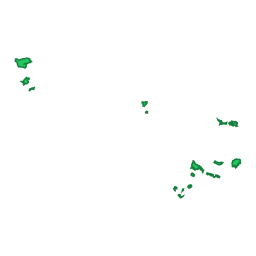 the district of Ongjin-gun, Gyeonggi, South Korea
{"feature_id": "91817680B43125449030549", "entity_name": "Ongjin-gun", "entity_type": "district", "adm_level": 2, "iso_a3": "KOR", "parent_name": "South Korea", "parent_adm1": "Gyeonggi", "projection": "robinson", "projection_center": [125.875, 37.5], "detail": "fine", "context": "isolated", "style": "filled", "palette": "green", "viewbox_px": 256, "rotation_deg": 0, "n_neighbors": 0, "source": "geoboundaries", "source_scale": "gbopen_adm2", "svg_char_len": 5936}
<svg xmlns="http://www.w3.org/2000/svg" viewBox="0 0 256 256"><path d="M29.8,60.3L29.8,59.0L29.3,58.7L27.4,58.2L26.1,58.2L25.1,58.6L23.1,58.7L19.0,60.2L18.5,60.0L17.0,59.0L15.7,59.0L15.4,59.7L15.5,61.5L16.3,61.6L17.2,62.4L17.4,64.1L18.5,66.8L20.3,66.7L23.1,67.2L23.9,67.1L24.3,67.8L25.0,67.9L25.7,67.6L25.8,66.9L26.3,65.5L26.1,64.8L25.7,64.5L25.1,64.0L24.4,64.0L24.8,63.6L26.1,63.4L26.9,63.7L27.5,63.6L27.9,63.4L28.4,62.6L29.2,62.4L29.8,62.7L30.2,62.5L29.9,61.9L30.1,61.6L31.0,61.7L31.5,61.6L31.2,61.2L30.4,60.9L29.8,60.3ZM237.2,159.4L236.8,159.0L235.1,159.4L234.6,159.6L234.3,160.3L233.8,160.6L232.7,160.9L232.7,162.0L232.1,162.6L232.4,166.6L233.2,166.7L233.7,165.8L234.2,165.4L235.1,165.4L235.7,165.9L234.9,166.8L235.7,167.9L236.7,166.9L237.0,166.4L237.1,165.8L238.6,165.0L238.5,164.5L237.8,164.1L238.0,163.8L238.9,163.8L239.1,163.1L239.7,162.9L240.2,163.4L240.6,162.9L239.9,161.6L240.3,160.0L239.6,159.4L237.2,159.4ZM194.1,161.7L193.6,160.9L193.1,161.0L193.1,161.5L192.7,162.6L192.3,163.0L192.3,163.6L191.8,164.7L192.0,166.1L191.0,168.1L191.8,168.1L192.5,167.0L193.0,166.9L193.4,167.6L192.9,168.2L193.6,168.3L194.0,168.0L194.5,168.2L194.8,168.8L194.8,169.3L194.1,169.5L195.0,170.0L195.6,169.5L197.9,169.3L198.3,168.8L197.9,168.3L198.2,167.9L198.6,167.8L199.1,168.2L199.6,167.4L200.4,167.0L199.4,165.8L197.9,165.8L197.8,165.2L197.0,164.5L195.7,164.4L195.3,164.0L195.0,163.1L194.4,163.2L194.1,161.7ZM26.8,78.1L26.4,77.5L26.1,77.7L26.3,78.4L26.0,78.6L24.5,79.3L23.5,81.2L22.9,81.8L21.9,81.4L21.4,81.5L22.0,81.9L22.2,82.2L22.5,82.2L23.0,82.6L23.8,82.4L24.1,83.2L23.4,84.3L23.7,84.9L24.3,84.5L24.0,84.1L24.3,83.8L25.2,83.5L26.3,83.8L26.8,83.7L27.3,83.4L28.1,82.6L28.2,81.5L28.1,81.2L27.6,80.9L27.4,80.1L28.7,79.1L29.2,79.0L29.3,78.8L28.4,78.3L28.5,78.1L26.8,78.1ZM218.5,162.6L215.3,161.6L215.1,161.1L214.7,161.2L214.7,162.1L214.1,162.4L214.5,162.9L215.0,162.6L216.1,163.6L217.3,164.0L218.6,164.7L219.4,164.8L221.0,164.4L221.7,163.9L222.7,162.6L221.0,162.3L220.7,163.3L219.3,162.7L218.5,162.6ZM237.2,123.8L237.2,122.7L236.7,122.6L236.4,122.1L235.9,121.7L235.4,121.6L235.4,122.1L234.9,122.7L232.5,124.3L232.1,125.3L232.7,125.4L233.0,125.7L233.1,125.9L234.3,125.1L236.1,125.9L236.2,126.4L237.0,126.2L236.6,125.9L236.9,124.9L236.6,124.6L236.5,124.3L236.6,123.9L237.0,124.0L237.2,123.8ZM219.8,120.4L218.3,119.9L217.7,119.4L217.9,120.0L218.5,120.8L218.9,120.9L219.5,121.7L220.0,121.9L220.2,122.2L220.2,122.8L219.8,124.6L220.8,124.1L220.8,123.8L221.3,123.5L221.3,124.0L221.7,124.2L222.9,123.7L223.5,123.7L224.1,123.9L224.8,123.7L226.4,124.1L226.7,122.5L224.8,123.1L224.1,123.0L223.8,123.1L223.1,123.0L221.9,122.4L221.3,120.7L220.3,120.8L219.8,120.4ZM145.8,101.8L145.1,102.3L144.6,102.2L143.5,102.5L142.7,101.9L142.3,102.1L142.4,102.6L142.2,102.8L142.7,102.9L143.4,104.1L143.3,104.4L143.0,104.6L143.2,105.4L143.1,106.0L144.2,106.2L144.2,105.8L145.4,104.9L146.3,104.0L146.6,103.3L146.9,103.2L147.0,103.0L146.8,102.3L146.9,101.9L146.1,102.0L145.8,101.8ZM191.1,185.0L190.7,184.9L189.9,185.2L189.1,185.2L188.2,186.2L188.1,186.4L189.1,186.1L189.5,186.3L189.6,186.5L189.5,187.2L188.8,186.7L188.6,187.6L188.9,188.0L189.3,188.1L189.8,188.0L190.3,187.5L191.3,186.9L191.6,186.5L191.7,186.0L191.1,185.4L191.1,185.0ZM193.4,174.1L193.4,173.8L192.2,173.1L191.6,173.6L191.8,173.9L191.2,174.2L191.1,174.7L191.2,175.0L192.2,175.9L193.8,176.3L193.9,176.0L194.1,175.8L193.7,175.3L193.8,174.9L194.2,174.8L194.3,174.5L194.4,173.9L194.1,174.4L193.6,174.4L193.4,174.1ZM212.9,174.9L212.1,174.2L211.5,174.1L211.3,174.1L211.2,174.5L210.4,174.7L210.1,175.2L210.5,175.7L211.3,175.5L213.1,176.2L213.9,177.4L214.4,177.5L214.6,177.2L215.0,176.8L213.8,176.5L213.4,175.8L213.3,174.9L212.9,174.9ZM33.9,88.6L34.2,87.6L33.0,88.0L31.9,88.1L30.5,88.8L30.0,88.9L29.7,89.8L29.2,90.2L29.4,90.6L30.3,90.1L30.7,89.5L32.1,88.9L33.7,89.4L33.9,89.1L33.9,88.6ZM202.6,170.1L202.3,168.9L201.6,168.4L201.5,167.8L201.1,167.3L201.0,167.6L200.1,168.6L200.1,169.0L200.5,169.7L201.2,169.9L202.0,169.6L202.2,170.0L202.2,170.8L202.7,172.3L202.9,172.0L202.8,171.6L203.3,170.6L203.6,170.4L203.6,170.1L202.6,170.1ZM216.7,175.4L216.2,175.1L215.7,175.1L215.7,175.5L216.3,176.0L216.1,176.4L216.3,176.6L217.0,176.5L217.4,176.7L217.7,177.3L218.5,177.3L218.7,177.0L219.1,177.0L219.3,177.4L219.7,176.9L218.3,175.6L217.8,175.4L217.5,175.5L217.0,175.2L216.7,175.4ZM232.6,121.7L231.8,121.1L231.6,121.2L231.4,122.0L231.5,122.4L231.1,122.8L231.1,123.3L230.8,123.9L230.8,124.5L230.5,124.8L231.8,124.8L231.9,124.5L231.8,124.3L232.2,123.7L232.7,122.0L233.5,121.6L232.9,121.5L232.6,121.7ZM180.1,194.9L179.4,194.6L178.9,194.6L178.5,194.7L178.3,195.3L179.1,196.2L180.2,196.7L180.1,197.5L180.6,197.8L181.8,197.1L182.9,196.6L183.1,196.2L182.5,196.6L182.2,196.5L181.5,196.9L180.8,196.7L180.2,196.4L179.8,195.9L180.3,195.2L180.1,194.9ZM175.1,187.0L174.8,186.8L174.7,186.9L174.9,187.2L174.6,187.4L174.7,187.7L174.6,188.1L174.3,188.4L173.8,188.6L174.1,189.3L174.4,189.1L174.7,189.5L174.6,189.9L174.4,189.8L174.3,190.0L174.5,190.2L175.1,190.6L175.1,190.3L174.8,189.5L175.0,189.3L175.3,189.4L175.1,189.2L175.3,189.0L175.0,188.5L175.2,188.4L175.1,187.8L175.5,187.8L175.5,188.1L176.0,188.1L176.1,188.3L176.6,188.6L176.6,188.2L176.8,188.1L176.9,187.8L176.4,187.4L175.8,187.3L175.7,186.9L175.1,187.0ZM206.9,173.5L207.1,173.0L206.9,173.0L206.6,173.4L206.6,173.9L207.0,173.8L207.4,174.4L207.6,174.1L208.0,174.5L208.7,174.2L209.0,174.5L209.6,174.6L209.5,174.3L209.7,174.0L210.7,173.8L209.4,173.4L208.1,173.4L208.0,173.7L207.6,174.0L207.4,173.9L206.9,173.5ZM147.5,111.6L146.9,111.4L146.4,111.6L145.9,112.0L146.1,112.3L145.9,112.6L145.7,112.7L145.8,113.2L145.9,112.8L146.3,112.9L146.5,112.7L147.1,113.1L147.4,113.0L147.4,112.4L147.5,111.6ZM229.6,124.2L230.3,123.8L230.4,123.5L230.4,122.8L230.0,122.3L229.1,123.0L228.8,123.5L229.6,124.2ZM182.3,191.1L182.9,190.5L183.3,190.3L183.1,189.9L183.5,189.0L182.9,189.0L182.8,189.3L182.9,189.7L182.6,189.9L182.6,190.5L182.4,190.7L182.3,191.1Z" fill="#22c55e" stroke="#15803d" stroke-width="1.5"/></svg>